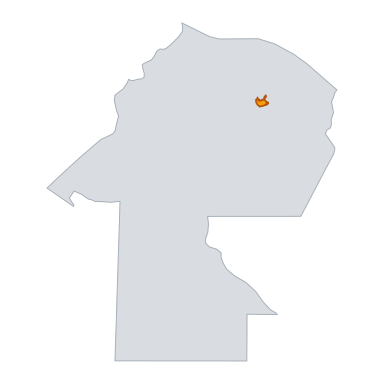 location of Lago De Atitlan, Sololá, Guatemala, rotated 180°
{"feature_id": "79465075B18487207511943", "entity_name": "Lago De Atitlan", "entity_type": "district", "adm_level": 2, "iso_a3": "GTM", "parent_name": "Guatemala", "parent_adm1": "Sololá", "projection": "robinson", "projection_center": [-91.2, 14.679], "detail": "fine", "context": "in_parent", "style": "filled", "palette": "amber", "viewbox_px": 384, "rotation_deg": 180, "n_neighbors": 0, "source": "geoboundaries", "source_scale": "gbopen_adm2", "svg_char_len": 4478}
<svg xmlns="http://www.w3.org/2000/svg" viewBox="0 0 384 384"><g transform="rotate(180 192 192)"><path d="M47.0,294.0L48.9,291.8L50.5,287.0L52.5,281.9L51.3,276.1L50.5,271.4L52.8,264.5L52.6,259.3L53.6,256.1L56.9,254.1L58.7,250.2L49.3,236.6L49.3,233.5L50.5,229.7L58.2,215.3L67.2,198.1L77.2,179.1L83.2,167.7L105.1,167.6L119.6,167.6L137.9,167.6L157.9,167.6L171.0,167.6L176.4,167.5L175.5,160.0L176.2,151.8L178.6,144.4L178.6,141.1L174.7,137.1L167.1,134.7L162.9,131.2L162.9,126.7L161.0,121.2L157.4,114.8L149.7,108.3L138.2,101.6L128.4,92.6L120.3,81.4L113.4,74.1L108.1,71.1L106.9,69.5L122.3,69.6L137.0,69.8L137.0,53.6L137.1,39.2L137.2,23.0L163.7,23.1L195.3,23.1L228.1,23.1L253.9,23.2L269.0,23.2L268.4,43.3L267.6,66.5L267.1,83.6L266.4,106.5L265.6,129.8L264.6,161.7L264.0,182.2L264.3,182.7L272.9,181.7L285.7,182.6L288.8,182.5L292.7,184.3L295.7,184.9L302.2,189.5L309.9,193.0L314.7,185.9L312.1,181.7L310.2,179.5L310.5,177.6L337.0,195.9L333.9,198.8L327.2,205.3L315.0,216.5L304.1,226.5L293.6,235.5L284.1,243.7L283.0,244.5L271.0,250.3L269.0,253.0L266.4,264.5L265.3,267.4L267.5,273.8L269.7,283.7L269.0,288.9L260.7,295.2L256.9,301.0L255.2,304.7L253.7,303.7L251.1,303.4L245.2,304.9L242.3,305.2L239.9,306.8L239.7,310.4L241.3,316.2L241.8,319.2L240.2,320.5L232.8,324.0L230.0,327.4L227.2,332.8L224.0,335.0L220.6,334.6L218.2,335.4L213.2,339.4L205.5,347.1L201.4,352.8L201.4,357.1L202.1,361.0L174.3,347.3L165.0,345.0L125.9,345.3L109.1,340.0L90.0,329.6L77.1,320.2L47.0,294.0Z" fill="#d9dde1" stroke="#a8b0b8" stroke-width="1"/><path d="M124.5,277.3L124.3,277.2L124.2,277.2L124.1,277.3L123.8,277.7L123.6,277.8L123.4,277.8L123.2,277.8L123.1,277.7L122.9,277.6L122.7,277.7L122.4,277.9L122.4,278.0L122.2,278.0L122.1,277.8L121.8,277.8L121.6,277.9L121.4,277.8L121.2,277.9L121.2,278.1L120.8,278.2L120.6,278.2L120.4,278.3L120.2,278.5L119.9,278.6L119.7,278.9L119.5,278.7L119.3,278.7L119.2,278.6L118.9,278.7L118.9,278.8L118.9,279.1L118.5,279.3L118.3,279.3L118.2,279.3L118.1,279.2L117.9,279.2L117.8,279.3L117.7,279.4L117.7,279.5L117.5,279.2L117.4,279.1L117.2,279.3L117.1,279.5L116.9,279.8L116.6,280.0L116.4,279.9L116.3,280.0L116.1,280.1L116.0,280.5L115.8,280.6L115.7,280.7L115.7,280.9L115.7,281.1L115.7,281.3L115.8,281.3L115.9,281.5L116.0,281.6L116.3,281.5L116.5,281.7L116.8,281.4L117.0,281.4L116.9,281.5L117.0,281.6L117.1,281.9L117.3,282.0L117.4,282.3L117.5,282.3L117.9,282.7L118.1,282.8L118.4,282.9L118.4,283.0L118.5,283.0L118.8,283.2L119.0,283.4L119.0,283.5L119.1,283.8L119.1,284.0L119.3,284.1L119.3,284.3L119.2,284.6L119.1,284.9L119.1,285.0L119.2,284.9L119.3,284.9L119.5,285.0L119.4,285.3L119.2,285.4L119.2,285.5L119.1,285.8L119.1,286.0L118.9,286.2L118.7,286.2L118.8,286.2L118.8,286.3L118.7,286.5L118.4,286.8L118.3,287.0L118.2,287.1L118.0,287.3L117.9,287.3L118.0,287.5L118.0,287.9L118.1,288.0L118.0,288.4L118.1,288.5L118.3,288.7L118.5,288.4L118.7,288.2L118.8,288.0L118.8,287.9L119.0,287.9L119.1,287.7L119.2,287.4L119.3,287.3L119.4,287.2L119.6,287.1L119.6,286.8L119.7,286.7L119.5,286.4L119.4,286.4L119.5,286.3L119.5,286.1L120.0,286.0L120.0,285.9L120.0,285.7L119.9,285.5L119.8,285.4L119.9,285.2L120.1,285.2L120.2,284.9L120.2,284.7L120.3,284.8L120.5,284.8L120.5,284.7L120.5,284.4L120.6,284.2L120.9,284.3L121.1,284.2L121.3,284.2L121.4,284.3L121.6,284.3L121.6,284.2L121.8,284.0L122.0,284.1L122.1,283.6L122.4,283.5L122.5,283.5L122.6,283.4L122.7,283.5L122.8,283.6L122.9,283.4L123.0,283.4L123.3,283.4L123.5,283.4L123.5,283.5L123.8,283.5L123.9,283.4L124.0,283.4L124.3,283.4L124.4,283.2L124.5,283.2L124.5,283.3L124.5,283.5L124.6,283.8L124.7,284.0L124.8,284.0L124.9,283.9L124.9,284.0L125.0,284.2L124.9,284.4L125.0,284.4L125.2,284.2L125.3,284.2L125.5,284.0L125.5,284.3L125.3,284.3L125.4,284.5L125.4,284.8L125.5,284.8L125.8,284.9L126.0,284.9L126.0,285.0L126.2,285.3L126.2,285.6L126.3,285.7L126.3,285.8L126.2,286.0L126.1,286.3L126.2,286.2L126.3,286.3L126.4,286.5L126.5,286.6L126.7,286.4L126.7,286.2L126.7,285.9L126.8,285.6L126.7,285.3L126.8,285.2L127.1,285.0L127.2,284.8L127.3,284.7L127.3,284.4L127.6,284.4L127.9,284.4L128.0,284.4L128.1,284.0L128.1,283.8L128.0,283.7L128.1,283.4L128.0,283.2L127.9,282.9L127.9,282.7L127.9,282.3L128.0,282.0L128.0,281.9L128.0,281.7L127.9,281.5L127.9,281.4L127.7,281.3L127.5,281.2L127.3,281.1L127.2,281.0L127.2,280.9L127.1,280.6L127.0,280.4L127.0,280.2L126.9,279.9L126.9,279.7L126.7,279.4L126.4,279.4L126.3,279.2L126.2,278.9L126.1,278.7L125.9,278.6L125.7,278.4L125.2,278.4L124.9,278.1L124.7,277.9L124.6,277.7L124.6,277.4L124.5,277.3Z" fill="#f59e0b" stroke="#b45309" stroke-width="1.5"/></g></svg>